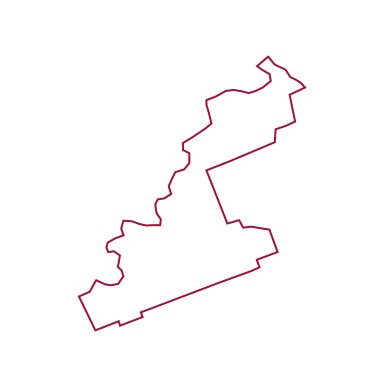 outline of Travesseiro, Rio Grande do Sul, Brazil, rotated 69°
{"feature_id": "56859067B26853179504026", "entity_name": "Travesseiro", "entity_type": "district", "adm_level": 2, "iso_a3": "BRA", "parent_name": "Brazil", "parent_adm1": "Rio Grande do Sul", "projection": "equal_earth", "projection_center": [-52.102, -29.282], "detail": "fine", "context": "isolated", "style": "outline", "palette": "rose", "viewbox_px": 384, "rotation_deg": 69, "n_neighbors": 0, "source": "geoboundaries", "source_scale": "gbopen_adm2", "svg_char_len": 1213}
<svg xmlns="http://www.w3.org/2000/svg" viewBox="0 0 384 384"><g transform="rotate(69 192 192)"><path d="M291.0,282.9L286.0,282.9L286.4,198.4L287.0,163.9L286.5,156.0L278.5,155.8L278.7,133.6L254.9,133.2L250.3,141.1L245.6,149.1L243.6,157.0L235.2,158.1L234.1,170.3L207.9,170.5L177.0,170.8L176.8,146.0L175.2,96.9L163.4,91.4L163.9,81.1L163.2,70.5L136.2,66.0L135.0,49.0L128.9,51.5L124.8,54.5L119.8,59.1L111.4,60.8L102.7,69.1L93.0,72.4L97.8,86.2L103.2,82.7L109.8,77.3L116.6,78.7L119.8,88.4L120.5,97.2L120.0,103.6L116.1,109.0L111.6,116.6L109.8,124.3L111.4,135.5L111.4,145.6L115.9,147.3L124.1,147.9L135.0,149.3L137.5,156.4L141.1,172.4L143.0,182.9L149.6,185.4L154.8,180.6L164.1,184.1L168.1,191.2L167.5,200.5L173.2,206.7L178.4,211.7L186.4,212.1L188.0,220.2L186.6,226.6L190.3,230.6L195.4,232.0L199.7,232.6L206.3,230.9L211.6,233.6L208.8,240.9L206.8,246.9L202.9,252.7L197.9,258.4L194.2,266.3L200.6,271.1L207.9,271.5L207.7,280.2L209.1,288.9L213.2,291.8L218.1,291.8L219.3,286.2L225.4,282.0L230.6,285.1L235.4,288.1L240.0,285.8L246.1,286.2L251.3,293.9L250.0,301.1L247.0,306.3L240.1,313.0L243.1,316.9L248.5,323.2L249.0,335.0L286.5,331.8L286.4,306.7L291.0,307.1L291.0,282.9Z" fill="none" stroke="#9f1239" stroke-width="2"/></g></svg>